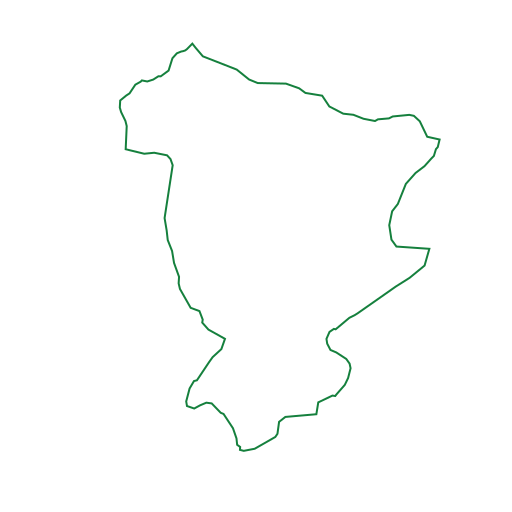 outline of San Juan Ermita, Chiquimula, Guatemala, rotated 193°
{"feature_id": "79465075B27447388470202", "entity_name": "San Juan Ermita", "entity_type": "district", "adm_level": 2, "iso_a3": "GTM", "parent_name": "Guatemala", "parent_adm1": "Chiquimula", "projection": "equal_earth", "projection_center": [-89.425, 14.743], "detail": "fine", "context": "isolated", "style": "outline", "palette": "green", "viewbox_px": 512, "rotation_deg": 193, "n_neighbors": 0, "source": "geoboundaries", "source_scale": "gbopen_adm2", "svg_char_len": 1659}
<svg xmlns="http://www.w3.org/2000/svg" viewBox="0 0 512 512"><g transform="rotate(193 256 256)"><path d="M88.7,302.0L121.3,296.8L127.7,302.4L133.1,316.0L133.4,330.2L129.5,338.6L126.2,360.0L119.2,372.8L112.0,381.5L107.1,390.4L105.2,393.5L104.7,400.6L103.4,403.0L103.3,410.8L116.0,410.7L126.7,424.1L133.7,428.1L138.4,428.0L154.2,422.7L157.4,420.0L167.9,416.6L170.4,414.3L182.1,413.9L192.9,415.5L203.0,414.3L218.2,418.2L227.6,427.1L244.5,426.0L251.7,429.1L265.6,430.7L293.2,424.9L302.4,426.4L316.7,433.3L352.7,438.6L361.7,445.3L365.8,448.6L369.9,441.9L371.3,440.3L373.1,439.2L374.9,438.4L378.7,435.7L381.9,429.9L382.9,417.0L389.3,409.6L391.5,409.2L395.8,404.8L401.2,401.6L406.7,401.4L407.6,399.9L412.1,395.8L415.8,386.0L418.5,383.2L423.3,377.0L422.1,370.0L419.8,365.9L413.6,358.2L411.2,353.5L407.0,330.7L387.9,330.5L378.4,333.7L365.3,334.1L361.1,331.2L357.6,325.7L353.6,272.4L348.8,260.8L345.6,251.7L338.9,242.0L334.3,230.8L326.3,218.4L325.2,211.9L322.7,206.8L308.0,190.8L298.7,189.6L293.6,182.0L293.4,179.0L285.8,173.6L267.6,168.3L268.8,157.5L275.5,147.7L277.9,141.9L285.6,121.6L288.3,120.2L290.9,112.0L291.3,98.6L289.5,94.3L281.9,93.5L276.8,98.0L271.4,101.9L266.0,102.4L255.1,95.3L252.1,94.8L239.7,83.0L234.0,73.9L231.9,67.8L228.5,66.4L228.0,63.5L224.1,63.4L213.9,67.9L196.5,84.0L195.1,87.6L196.2,99.6L191.2,105.8L161.6,115.4L162.4,127.4L150.1,137.2L147.3,137.4L146.5,139.2L140.5,150.4L138.8,157.8L138.6,167.9L140.6,172.2L144.9,176.0L156.1,180.1L162.3,181.2L166.9,186.6L168.7,191.1L167.3,198.6L163.7,202.5L161.9,202.5L151.1,216.8L146.6,220.5L144.1,223.0L112.9,257.7L101.4,269.3L89.6,284.6L88.7,302.0Z" fill="none" stroke="#15803d" stroke-width="2"/></g></svg>